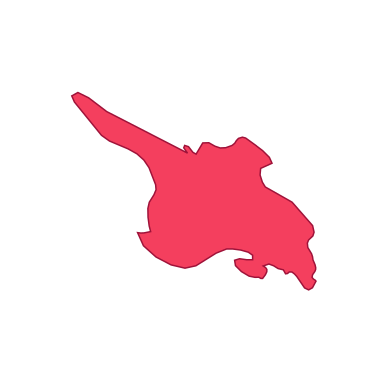 map outline of Hiiu (Equal Earth projection), rotated 32°
{"feature_id": "EST-1660", "entity_name": "Hiiu", "entity_type": "County", "adm_level": 1, "iso_a3": "EST", "parent_name": "Estonia", "parent_adm1": "", "projection": "equal_earth", "projection_center": [22.694, 58.888], "detail": "fine", "context": "isolated", "style": "filled", "palette": "rose", "viewbox_px": 384, "rotation_deg": 32, "n_neighbors": 0, "source": "natural_earth", "source_scale": "10m", "svg_char_len": 1459}
<svg xmlns="http://www.w3.org/2000/svg" viewBox="0 0 384 384"><g transform="rotate(32 192 192)"><path d="M114.9,189.3L95.0,192.5L85.2,191.9L44.6,178.0L39.1,174.2L42.5,168.1L54.4,166.9L77.1,169.0L167.6,161.4L161.6,158.9L161.1,156.4L165.0,155.4L171.8,157.9L175.4,157.7L175.1,144.7L180.2,141.3L187.2,141.0L192.6,139.7L197.1,136.6L201.3,131.3L202.4,128.0L202.4,124.9L203.0,121.9L205.7,118.8L208.9,117.8L222.0,118.7L222.2,118.8L230.0,119.5L239.2,121.6L244.6,125.2L237.7,135.6L240.7,141.5L246.5,146.4L251.5,148.9L282.3,147.6L312.1,156.6L316.8,161.4L317.8,165.2L316.3,170.9L316.9,174.2L319.6,177.7L326.1,181.0L328.6,183.1L330.5,185.4L334.9,188.5L337.0,190.6L337.9,192.2L338.3,194.2L338.1,198.3L339.1,200.8L341.2,201.5L343.3,201.5L344.4,201.9L344.9,209.4L342.8,213.2L338.3,213.7L325.6,208.1L322.4,207.2L319.2,206.9L316.9,208.2L316.2,210.5L314.7,211.8L310.7,209.6L305.6,211.3L300.3,211.3L295.4,212.3L291.6,217.0L294.5,217.1L296.5,218.0L297.7,220.0L298.1,223.3L297.7,227.9L296.2,228.8L293.8,228.9L290.6,231.0L285.0,233.1L276.1,233.3L267.9,231.4L264.3,227.3L267.7,223.4L274.4,220.4L279.3,217.3L276.9,213.5L271.7,213.2L264.1,215.4L256.6,218.8L251.5,222.0L244.9,231.0L234.4,252.5L226.4,260.3L212.9,264.9L195.9,266.2L179.3,263.3L167.4,255.3L170.2,254.0L172.9,252.2L177.9,247.5L173.7,243.5L168.1,236.7L163.3,229.3L161.2,223.3L161.2,214.4L160.3,209.1L157.3,205.1L142.6,194.1L134.2,190.4L125.1,188.8L114.9,189.3Z" fill="#f43f5e" stroke="#9f1239" stroke-width="1.5"/></g></svg>